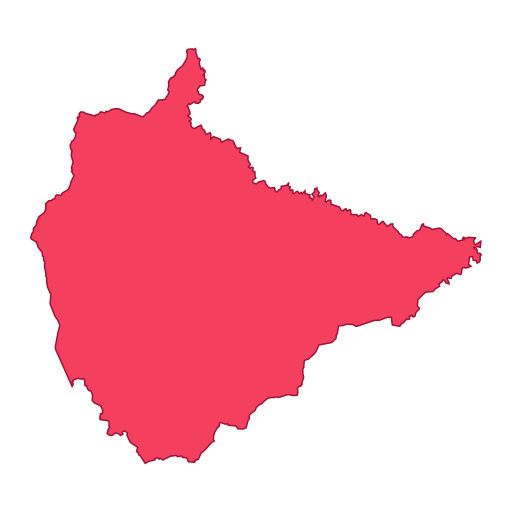 Dom Pedrito, Rio Grande do Sul, Brazil
{"feature_id": "56859067B88421648496139", "entity_name": "Dom Pedrito", "entity_type": "district", "adm_level": 2, "iso_a3": "BRA", "parent_name": "Brazil", "parent_adm1": "Rio Grande do Sul", "projection": "equal_earth", "projection_center": [-54.6, -31.019], "detail": "fine", "context": "isolated", "style": "filled", "palette": "rose", "viewbox_px": 512, "rotation_deg": 0, "n_neighbors": 0, "source": "geoboundaries", "source_scale": "gbopen_adm2", "svg_char_len": 5991}
<svg xmlns="http://www.w3.org/2000/svg" viewBox="0 0 512 512"><path d="M475.4,237.8L468.0,237.3L466.1,238.5L463.6,237.2L462.7,238.3L464.0,239.6L457.8,241.2L455.5,238.6L454.1,239.1L447.5,233.6L446.4,234.7L445.9,233.3L441.1,228.6L439.2,228.1L431.6,229.5L430.6,228.2L423.7,226.1L423.5,223.9L422.0,224.4L419.8,230.0L416.7,231.0L413.3,234.5L413.2,236.3L410.0,237.8L406.1,236.8L404.1,237.3L402.5,236.9L401.1,234.5L399.7,234.2L398.3,231.8L393.1,226.9L392.7,223.8L390.6,224.1L387.2,226.4L383.0,221.4L381.6,221.8L379.3,224.5L377.7,223.9L377.0,219.8L374.6,218.8L370.9,218.9L370.4,215.4L365.9,212.5L364.6,213.5L364.4,215.7L362.8,215.7L361.5,214.5L358.0,216.4L356.9,214.6L351.0,214.5L350.6,210.1L349.6,209.5L347.2,211.3L346.1,208.7L344.3,209.4L343.4,210.9L341.1,210.2L339.6,207.1L330.9,204.1L331.0,201.0L330.0,200.0L328.3,200.3L326.1,202.2L325.2,201.5L326.4,195.6L325.4,192.8L321.9,195.9L320.5,195.2L319.1,196.9L318.1,196.4L319.2,192.5L317.1,189.8L317.0,188.0L314.9,188.7L314.2,192.2L312.0,194.1L314.0,196.8L312.2,200.1L311.1,198.0L309.5,197.7L310.0,194.9L305.1,193.5L305.0,190.8L302.2,193.8L301.2,192.3L299.5,193.6L297.6,191.4L296.3,191.7L294.3,193.5L292.9,193.2L293.0,190.3L291.7,189.8L290.8,190.5L289.6,189.3L290.3,186.8L288.9,186.4L288.2,185.3L288.9,182.6L286.6,185.4L281.2,186.3L281.1,188.9L278.8,189.7L277.3,192.0L275.4,191.5L274.5,187.6L270.7,188.0L268.3,187.3L265.9,184.0L264.8,181.0L263.8,180.5L258.3,182.1L256.3,184.0L253.0,182.7L252.6,180.4L255.8,178.1L255.1,176.4L254.9,171.8L253.0,171.4L253.0,167.6L251.4,167.2L250.3,168.2L248.5,166.9L250.4,164.6L247.9,160.0L248.1,156.1L239.6,152.2L240.6,147.9L237.5,148.3L236.0,147.3L233.5,141.4L232.1,140.3L229.7,140.1L228.7,138.9L221.4,142.2L220.3,139.2L213.4,136.6L210.7,139.2L210.9,134.5L210.2,132.7L205.9,134.4L204.5,130.3L201.9,128.5L201.9,126.7L200.9,125.1L194.0,128.7L191.3,126.7L190.8,124.5L191.2,123.0L189.2,121.1L190.6,120.6L191.3,119.3L190.5,117.7L187.9,116.3L188.3,114.9L189.6,114.8L190.2,113.2L188.2,107.2L187.1,106.6L188.7,103.6L189.9,104.5L194.8,101.7L195.8,103.2L198.4,103.3L200.4,101.8L200.3,99.7L201.8,99.6L202.9,98.3L203.3,96.4L201.9,94.9L198.7,94.2L198.6,91.8L197.3,91.2L197.9,88.7L200.0,85.9L204.6,85.3L205.2,81.1L206.1,79.9L204.6,78.7L204.4,74.8L203.4,75.0L205.2,71.9L204.6,70.0L203.5,70.7L202.7,68.0L201.0,69.2L199.5,64.5L199.4,61.4L200.3,59.7L199.2,58.3L197.9,58.8L195.7,51.9L196.0,50.0L195.4,48.6L193.9,49.6L192.5,48.9L188.0,49.3L186.6,50.6L187.3,54.6L187.0,58.1L182.8,65.4L177.4,70.0L175.7,72.8L175.2,75.0L172.3,77.6L171.2,77.6L169.2,80.2L168.6,81.6L168.7,86.3L167.7,89.9L169.1,91.6L168.8,93.3L165.2,99.1L163.7,99.8L158.3,100.0L154.8,105.6L152.2,107.5L150.4,110.4L148.4,112.5L146.5,113.0L144.8,115.3L142.5,116.9L133.9,113.5L132.5,113.9L126.1,112.3L119.6,109.1L116.0,108.6L111.2,109.6L108.3,111.6L106.0,111.3L105.3,112.9L100.8,111.8L98.3,114.5L95.8,114.9L95.1,116.0L85.6,113.4L84.0,112.2L80.6,112.0L79.4,113.4L79.0,114.9L79.6,116.1L78.9,117.3L77.7,116.9L77.2,118.3L78.0,119.3L77.6,120.8L73.6,129.4L74.7,132.1L76.0,132.8L75.3,137.0L73.5,140.2L72.1,141.0L70.1,145.6L70.8,149.2L72.0,150.5L71.2,155.6L73.1,162.1L71.4,168.1L72.3,170.5L71.5,171.3L74.0,175.7L70.9,182.1L70.1,185.7L67.8,189.8L61.9,193.3L61.3,195.4L57.1,194.9L55.8,195.6L54.6,198.9L53.2,199.0L51.3,200.6L48.8,200.7L45.7,203.7L45.9,208.4L44.5,212.5L39.0,216.6L36.8,221.3L36.2,225.2L33.6,228.0L33.1,232.1L31.8,233.6L30.7,237.6L31.3,239.0L36.5,242.1L38.1,247.2L42.1,252.4L42.5,256.0L43.5,256.9L43.7,260.5L44.8,262.3L44.5,266.9L45.9,273.3L45.9,276.2L46.7,277.8L46.6,281.3L47.5,286.9L50.0,292.9L50.9,293.7L50.1,304.1L55.0,316.1L57.6,319.9L59.9,325.0L57.9,332.8L55.3,347.1L55.5,349.1L72.1,386.4L73.4,384.0L71.9,382.4L73.3,381.3L73.5,379.9L77.7,378.4L82.2,379.2L83.3,378.4L84.5,379.8L85.0,385.6L86.8,386.1L87.5,388.9L89.3,390.8L90.6,390.5L91.5,392.0L92.6,395.6L92.1,400.2L94.0,402.6L100.6,405.9L102.6,410.1L102.4,413.6L100.5,413.7L99.8,417.7L100.1,419.6L107.9,420.7L109.2,422.1L108.9,425.8L109.7,427.6L108.5,428.6L107.1,433.5L108.7,434.9L111.9,435.6L115.5,432.9L119.2,434.0L120.4,435.5L122.9,434.1L122.4,432.1L123.9,431.0L125.4,431.3L127.4,433.1L126.9,435.2L130.2,442.3L137.6,447.3L136.5,451.7L138.0,452.3L138.7,454.8L140.4,455.8L145.2,463.4L148.6,461.4L154.8,460.0L155.1,458.6L156.9,458.0L158.1,458.0L159.2,459.2L160.3,458.3L162.8,460.0L170.2,456.3L176.1,455.4L177.5,456.6L181.6,456.0L182.6,457.4L186.8,458.0L188.4,461.7L194.6,462.3L195.4,460.3L198.3,459.4L200.9,453.4L204.6,450.3L211.7,442.4L214.2,441.1L213.5,439.9L213.6,435.9L214.9,431.8L217.1,428.1L219.2,426.2L219.4,423.5L220.8,422.5L225.4,424.2L227.6,423.9L228.2,425.3L235.5,425.9L236.7,426.7L237.6,428.7L243.2,429.0L246.1,427.8L248.1,420.4L249.5,418.7L249.1,416.5L249.7,414.5L255.0,410.5L256.5,407.2L259.2,404.8L262.3,403.4L263.2,401.9L267.8,398.3L272.4,397.3L273.5,397.8L275.8,396.8L278.8,397.5L288.1,394.5L293.3,395.6L297.2,395.2L297.8,392.9L297.5,388.1L299.4,386.0L300.6,386.3L302.1,384.2L302.1,382.0L303.7,377.6L302.8,373.3L302.9,368.6L303.7,367.7L304.2,361.1L305.4,359.9L308.3,359.2L313.9,354.2L315.9,351.8L319.0,345.0L331.9,342.5L336.0,338.4L336.3,335.2L337.4,333.5L338.5,326.0L343.7,325.4L346.5,324.1L353.3,324.6L355.7,326.3L357.1,326.2L374.5,320.4L379.6,320.2L386.7,317.5L391.3,317.2L392.3,325.0L399.8,326.3L401.5,323.6L403.3,322.9L406.7,318.9L407.8,319.5L409.7,318.9L409.2,316.4L411.0,316.1L411.8,315.1L413.2,317.0L415.0,316.1L415.9,312.6L419.2,309.1L419.0,307.6L417.4,305.8L417.9,299.7L425.4,292.2L433.0,291.5L434.7,289.3L439.6,286.3L439.0,283.7L441.8,282.2L442.6,280.2L443.8,279.8L445.9,282.9L449.1,283.9L448.7,281.7L447.0,279.1L447.8,277.7L450.1,278.5L451.4,278.0L452.0,275.9L456.4,273.3L460.7,274.6L461.4,273.5L462.0,268.8L463.2,267.6L466.7,267.9L471.0,266.3L468.6,264.3L469.5,256.9L472.9,256.7L473.1,260.2L476.2,260.6L477.1,263.1L479.2,262.1L480.2,260.3L480.1,256.0L481.3,254.7L479.7,253.2L477.9,253.4L476.9,252.5L477.4,250.5L476.5,248.8L474.8,249.1L473.8,247.6L477.7,246.6L480.3,247.4L480.8,241.2L475.6,244.7L474.3,243.7L473.6,240.8L475.4,237.8Z" fill="#f43f5e" stroke="#9f1239" stroke-width="1.5"/></svg>